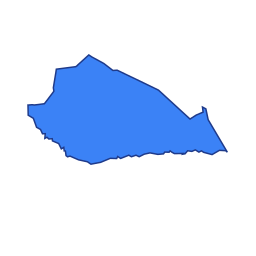 Sampson, North Carolina, United States of America, rotated 299°
{"feature_id": "52423323B72025487819763", "entity_name": "Sampson", "entity_type": "district", "adm_level": 2, "iso_a3": "USA", "parent_name": "United States of America", "parent_adm1": "North Carolina", "projection": "equal_earth", "projection_center": [-78.438, 34.935], "detail": "fine", "context": "isolated", "style": "filled", "palette": "blue", "viewbox_px": 256, "rotation_deg": 299, "n_neighbors": 0, "source": "geoboundaries", "source_scale": "gbopen_adm2", "svg_char_len": 1216}
<svg xmlns="http://www.w3.org/2000/svg" viewBox="0 0 256 256"><g transform="rotate(299 128 128)"><path d="M108.1,148.2L108.3,151.7L113.0,154.9L116.9,159.3L119.4,166.9L122.6,171.6L124.7,171.8L126.8,175.7L128.4,175.9L128.1,178.0L128.1,181.0L132.5,188.6L131.6,188.5L133.1,190.4L137.0,191.2L138.5,195.2L141.5,197.5L141.3,201.7L143.6,203.3L143.4,206.0L145.5,214.4L152.8,218.8L155.5,224.4L155.0,226.6L174.1,194.1L182.5,186.8L182.4,183.0L178.3,186.0L172.4,181.4L165.9,177.9L175.9,136.3L174.3,107.4L174.2,106.1L173.3,90.5L171.0,86.9L172.7,75.6L172.6,62.1L172.9,58.3L158.5,53.4L158.2,53.5L158.0,53.4L156.9,52.8L156.4,52.7L144.7,36.8L140.8,38.3L140.1,38.5L139.6,38.7L127.0,43.2L125.2,44.6L124.3,45.3L123.0,45.2L116.8,44.3L113.8,43.9L113.2,43.8L108.7,43.1L105.2,38.4L102.7,34.9L101.9,32.9L99.7,29.6L99.6,29.4L90.8,34.5L90.6,40.5L84.3,47.7L84.3,52.2L81.5,56.0L82.9,58.4L78.6,60.3L80.6,61.6L80.0,64.1L81.9,66.9L80.1,68.2L80.8,74.9L77.4,79.8L79.9,81.2L77.1,83.3L77.3,83.5L77.4,84.0L77.5,84.2L77.5,84.3L77.4,84.5L73.8,87.2L73.5,89.1L75.3,90.9L76.2,100.2L78.8,108.9L78.4,113.1L84.7,120.7L92.9,127.2L95.8,132.9L98.1,132.8L97.8,136.3L104.6,141.9L104.5,144.9L108.1,148.2Z" fill="#3b82f6" stroke="#1e3a8a" stroke-width="1.5"/></g></svg>